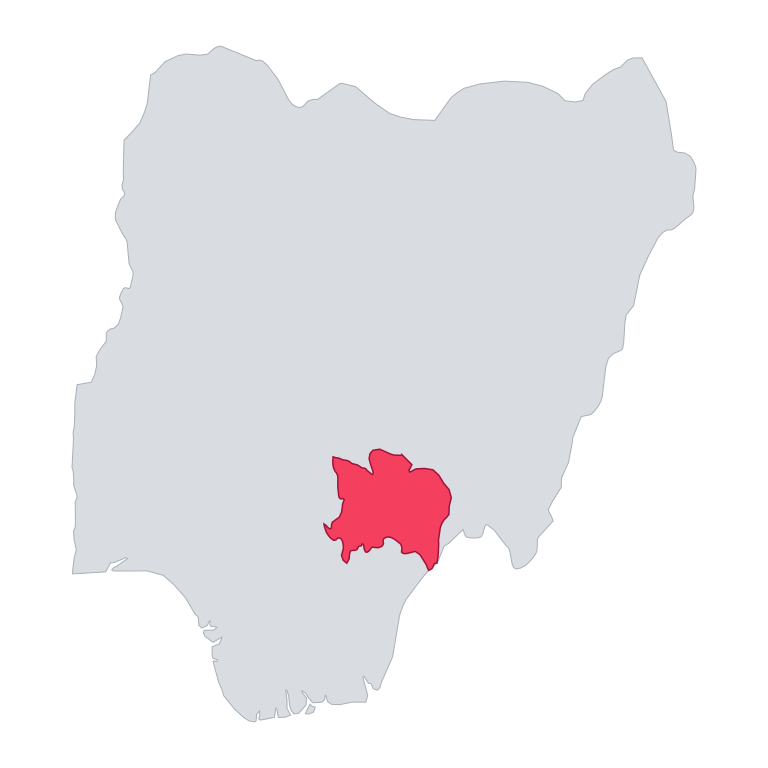 location of Benue within Nigeria
{"feature_id": "NGA-2846", "entity_name": "Benue", "entity_type": "State", "adm_level": 1, "iso_a3": "NGA", "parent_name": "Nigeria", "parent_adm1": "", "projection": "equal_earth", "projection_center": [8.494, 7.276], "detail": "fine", "context": "in_parent", "style": "filled", "palette": "rose", "viewbox_px": 768, "rotation_deg": 0, "n_neighbors": 0, "source": "natural_earth", "source_scale": "10m", "svg_char_len": 5484}
<svg xmlns="http://www.w3.org/2000/svg" viewBox="0 0 768 768"><path d="M642.0,57.8L666.1,101.6L671.4,134.2L673.5,150.3L677.4,152.2L684.8,153.0L690.3,156.3L693.5,161.6L695.6,166.6L696.0,169.5L694.6,189.1L692.8,196.2L693.9,205.8L693.6,210.0L692.8,212.8L689.5,216.0L685.0,219.2L674.3,228.5L671.2,229.9L666.7,230.1L662.8,232.5L658.2,237.5L648.3,256.3L639.8,275.1L633.6,305.6L626.1,315.1L624.8,323.6L623.7,342.7L622.6,348.4L621.4,350.1L613.2,353.7L608.5,358.1L605.8,366.7L602.3,396.1L601.0,400.9L598.4,406.0L594.2,411.5L590.6,414.6L581.2,416.6L572.4,438.7L572.3,442.6L568.4,462.7L561.6,477.9L561.2,487.6L552.6,501.0L548.2,510.0L552.8,519.5L553.1,521.0L538.4,537.1L537.5,539.5L537.0,550.7L535.8,553.6L533.1,557.7L529.1,562.2L525.1,565.7L520.5,568.1L516.1,569.0L513.6,567.6L512.2,564.2L509.7,550.6L508.5,547.7L505.6,545.1L494.2,530.1L487.3,524.8L485.8,525.2L484.7,526.6L482.7,534.2L480.8,537.0L477.2,537.9L470.9,538.0L466.3,536.9L465.2,535.4L463.0,529.5L448.9,543.2L444.0,546.2L437.7,562.3L428.8,570.4L422.6,577.4L406.2,599.3L402.9,605.8L399.6,615.5L392.6,656.8L381.3,682.6L379.7,688.1L379.1,687.9L377.6,690.2L373.2,688.7L371.2,683.9L368.5,683.2L363.8,676.1L362.8,677.3L367.7,695.1L365.9,702.1L352.0,702.2L340.0,704.6L331.8,704.4L327.7,701.8L325.8,695.2L325.1,695.8L324.7,699.4L322.1,702.2L312.9,702.8L308.8,698.2L305.5,693.1L301.9,690.8L302.5,693.0L306.5,698.0L306.0,705.1L298.6,713.4L293.9,713.9L291.0,710.3L289.5,704.5L288.7,695.9L286.8,690.2L285.7,690.2L287.0,699.6L287.0,708.3L290.6,715.1L285.1,717.2L278.6,717.5L277.8,715.0L277.0,709.3L275.8,707.9L274.5,717.4L261.1,720.0L259.2,719.7L258.8,717.9L259.8,715.2L259.6,711.0L256.6,714.3L256.1,720.9L254.4,721.9L249.3,721.0L243.8,717.6L234.7,709.3L223.7,695.7L221.9,689.6L218.7,682.2L213.0,661.6L214.0,660.7L216.6,661.8L217.8,659.9L213.2,658.4L212.3,656.9L212.0,652.4L212.2,646.8L219.2,643.9L220.8,640.6L221.8,637.2L213.1,642.3L205.1,636.5L203.4,633.0L204.2,630.3L213.6,630.1L216.9,627.4L214.9,626.5L211.3,626.6L210.0,624.9L210.1,620.7L209.0,621.6L207.4,625.3L202.0,628.1L198.8,625.3L198.5,619.2L197.8,616.4L195.1,614.3L185.7,598.1L173.8,584.6L163.2,575.3L147.1,570.9L113.6,571.0L111.7,569.8L113.8,567.6L116.7,566.2L127.5,558.7L125.7,557.7L114.5,562.4L110.6,562.8L105.6,571.9L72.6,573.9L72.7,569.7L74.2,557.8L76.3,549.6L74.1,539.7L73.6,530.7L75.0,527.9L75.4,524.5L75.2,501.4L77.0,497.9L77.1,495.6L73.7,485.7L73.8,478.2L73.1,470.9L72.0,467.6L73.5,439.4L73.1,432.4L74.2,427.5L74.8,415.3L74.8,403.4L77.1,384.7L91.2,382.2L94.7,374.8L96.7,365.5L96.2,356.3L100.8,348.3L106.4,341.1L106.2,333.3L107.7,330.9L110.4,329.0L114.1,328.1L118.4,324.2L120.7,317.4L123.1,306.4L119.5,298.8L119.6,297.1L121.0,293.0L123.2,288.9L125.0,287.6L129.1,288.6L130.4,287.0L133.1,274.9L132.9,271.7L129.1,263.6L127.1,241.8L126.0,238.9L123.1,234.9L115.3,219.6L115.5,212.3L118.9,203.0L121.1,198.5L124.1,196.0L124.7,193.8L123.8,191.2L122.3,189.2L122.0,185.1L123.6,179.2L123.2,172.8L124.1,140.0L130.5,133.6L139.9,122.9L144.7,111.7L147.3,103.2L150.6,75.1L155.5,72.1L164.9,61.8L177.6,55.8L185.8,54.0L200.2,55.2L207.6,54.2L213.8,48.6L216.6,47.0L220.6,46.1L256.5,60.7L259.8,60.0L262.5,61.0L267.0,64.9L277.5,78.5L288.6,99.6L292.0,104.1L295.5,106.5L299.0,107.4L301.7,107.1L304.3,105.1L307.8,101.1L313.1,99.3L317.4,99.6L339.8,83.5L342.0,83.3L355.7,86.7L374.5,102.9L389.8,113.5L400.6,117.1L413.3,119.6L434.8,120.4L451.1,97.6L457.1,92.7L464.4,88.2L479.5,84.0L504.6,81.1L528.1,82.4L542.8,86.3L558.2,93.7L564.9,100.8L575.4,102.0L582.9,100.5L585.3,93.5L592.7,84.3L604.0,75.7L613.1,69.7L620.6,67.0L627.4,60.2L632.7,58.0L642.0,57.8ZM313.7,711.9L308.6,714.1L305.3,713.6L309.9,704.2L312.2,706.2L315.2,707.1L313.7,711.9Z" fill="#d9dde1" stroke="#a8b0b8" stroke-width="1"/><path d="M436.9,563.1L436.2,563.1L434.7,563.5L433.9,564.4L432.7,567.5L431.9,568.6L430.8,569.3L428.7,570.4L427.6,568.1L426.2,564.5L419.9,554.6L415.2,551.4L406.9,553.5L404.0,553.6L402.6,553.1L401.5,552.0L402.0,547.7L400.7,544.1L394.4,539.1L390.7,537.3L387.1,536.9L383.7,538.6L383.0,540.9L383.5,543.6L382.6,545.6L380.8,546.9L378.6,547.6L376.3,547.7L374.2,547.3L372.1,547.2L370.6,548.8L369.2,550.8L367.6,552.0L365.9,552.2L364.7,550.4L364.0,548.0L363.6,545.3L363.0,544.1L362.0,544.0L361.7,544.8L361.2,545.9L359.9,545.9L358.8,546.2L356.8,549.7L354.8,550.4L352.7,550.4L350.5,550.8L349.7,553.1L349.1,559.0L346.8,563.2L343.2,560.3L341.5,555.4L343.3,548.8L343.3,545.4L342.7,542.0L341.4,539.2L339.2,537.7L337.3,538.4L335.8,540.0L333.7,540.3L331.7,539.0L329.7,537.1L328.0,534.9L326.5,532.5L324.5,526.9L324.0,524.0L326.0,525.3L328.2,527.8L329.9,528.8L331.3,528.3L331.5,525.1L332.3,522.2L339.3,517.2L341.5,512.3L342.4,506.7L342.5,504.4L343.2,502.3L344.2,499.9L342.9,498.6L340.9,499.0L339.2,497.7L338.6,495.0L337.8,486.6L337.9,478.4L337.7,475.9L336.7,473.3L335.1,471.3L333.6,468.2L332.9,464.6L332.8,460.9L333.1,456.8L335.7,457.7L339.1,458.2L341.6,459.4L343.4,459.9L347.1,460.5L348.9,461.2L351.5,463.2L352.4,463.7L356.8,464.7L358.3,465.4L361.1,467.4L362.7,468.0L364.4,468.2L366.0,468.8L367.1,470.6L369.6,472.4L370.9,473.7L371.5,474.1L372.1,474.4L372.5,474.5L373.2,473.4L372.8,470.9L370.4,463.6L369.1,458.6L370.0,453.6L372.9,450.3L379.8,449.2L390.4,454.0L394.2,455.1L400.0,455.3L401.9,455.1L401.9,454.7L411.9,464.7L409.0,470.4L409.6,472.0L411.3,471.5L414.8,469.4L416.9,468.8L424.9,468.5L432.9,469.8L438.9,475.3L443.6,483.1L449.0,489.5L451.3,497.7L449.2,506.2L448.9,514.5L446.6,517.4L444.0,519.9L441.8,523.5L440.3,527.6L438.5,539.9L438.7,544.3L438.1,556.2L436.9,563.0L436.9,563.1Z" fill="#f43f5e" stroke="#9f1239" stroke-width="1.5"/></svg>